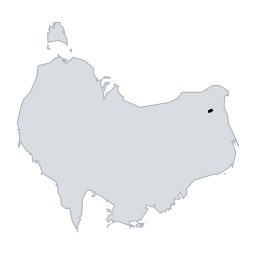 location of Nungarin, Western Australia, Australia, rotated 181°
{"feature_id": "25037944B34284730981486", "entity_name": "Nungarin", "entity_type": "district", "adm_level": 2, "iso_a3": "AUS", "parent_name": "Australia", "parent_adm1": "Western Australia", "projection": "mercator", "projection_center": [118.178, -31.137], "detail": "fine", "context": "in_parent", "style": "filled", "palette": "ink", "viewbox_px": 256, "rotation_deg": 181, "n_neighbors": 0, "source": "geoboundaries", "source_scale": "gbopen_adm2", "svg_char_len": 4195}
<svg xmlns="http://www.w3.org/2000/svg" viewBox="0 0 256 256"><g transform="rotate(181 128 128)"><path d="M181.9,33.5L185.1,46.9L189.0,46.3L193.4,50.3L194.2,58.6L196.8,61.4L197.5,69.2L199.4,73.3L212.4,80.9L217.5,93.4L219.0,94.1L219.2,91.8L222.1,94.1L222.5,93.0L223.7,99.5L225.4,101.4L229.1,103.4L236.4,114.5L236.1,122.0L238.8,131.1L235.2,148.5L232.6,155.0L226.2,162.4L220.2,177.3L218.8,188.8L207.5,191.6L202.0,196.7L198.5,197.2L199.5,200.1L194.0,195.8L194.8,194.8L194.5,193.8L193.5,193.7L191.6,195.6L190.3,194.5L192.5,192.7L191.3,191.4L183.9,197.8L172.4,194.6L163.4,186.9L163.1,181.0L159.0,175.6L160.7,175.8L160.7,174.3L154.7,175.8L156.5,171.9L154.2,166.3L152.0,172.7L147.6,173.4L148.3,171.2L150.4,171.2L153.3,162.4L152.5,155.9L149.6,162.7L145.2,165.3L142.2,169.5L142.6,171.6L140.9,171.4L138.0,169.0L139.8,169.0L138.6,164.9L135.8,160.3L133.6,159.7L133.2,155.7L116.3,148.9L87.9,154.1L78.7,158.7L74.7,164.6L54.8,165.0L44.0,172.1L36.6,171.7L28.4,166.8L28.3,162.0L30.3,162.8L32.1,159.9L32.2,150.2L28.8,143.0L27.6,134.1L18.5,115.8L22.0,117.8L19.9,112.3L21.4,115.5L24.1,116.5L19.7,105.3L23.0,90.2L23.7,93.7L26.8,89.8L37.7,83.0L41.5,83.4L61.0,76.9L68.4,68.3L67.9,62.7L71.8,58.7L75.0,64.9L76.7,61.5L74.6,59.0L75.3,57.5L81.6,58.5L79.6,57.9L80.9,55.5L79.8,53.4L83.2,53.1L82.0,51.5L84.8,51.3L83.8,49.0L86.3,46.4L86.5,47.9L88.4,47.7L88.6,44.8L91.4,45.9L93.2,43.5L96.3,45.1L100.3,49.2L99.6,52.5L102.3,49.3L108.1,51.4L109.3,49.6L106.7,47.2L113.5,36.2L114.8,36.9L117.2,34.2L118.0,35.3L124.9,34.5L124.7,31.8L120.0,29.9L120.8,29.2L137.5,34.9L142.4,32.8L141.2,34.9L143.3,36.1L145.8,33.5L148.0,35.7L145.3,40.6L142.4,41.1L142.6,44.6L139.8,50.2L155.1,60.3L159.2,61.4L160.5,63.8L167.4,65.5L172.3,56.6L172.6,43.8L173.4,39.0L175.1,37.9L173.8,35.7L178.0,26.6L181.9,33.5ZM190.3,210.9L199.0,214.5L209.4,212.2L210.1,222.2L209.4,220.4L208.3,222.5L208.1,229.1L204.4,226.4L202.1,232.6L197.6,232.1L198.5,230.3L194.5,227.4L193.0,222.3L194.7,223.2L190.6,216.1L190.3,210.9ZM112.2,29.3L117.0,29.3L118.5,30.6L115.3,33.4L112.2,29.3ZM145.8,177.7L154.4,177.5L150.7,179.0L145.8,177.7ZM146.7,43.9L147.7,46.6L144.6,46.2L145.1,44.2L146.7,43.9ZM235.9,113.2L235.7,109.8L236.9,107.1L237.4,109.1L235.9,113.2ZM206.9,205.2L209.8,206.0L209.9,207.4L206.9,205.2ZM111.7,30.1L113.4,32.8L110.3,32.6L111.7,30.1ZM187.2,205.8L185.5,205.4L186.4,203.2L187.2,205.8ZM163.0,59.2L161.5,60.0L160.0,60.5L160.8,58.9L163.0,59.2ZM18.5,115.0L17.3,113.4L17.2,111.9L17.4,111.8L18.5,115.0ZM209.3,208.7L210.4,209.6L208.3,208.8L209.3,208.7ZM224.8,99.9L225.9,99.9L225.9,101.4L224.8,99.9ZM197.9,69.1L199.2,69.9L198.9,70.4L197.9,69.1ZM204.3,230.0L204.5,231.7L203.3,231.2L204.3,230.0ZM237.8,123.3L237.9,125.2L237.8,123.3ZM124.4,29.2L123.6,28.4L124.2,28.0L124.4,29.2ZM146.9,29.3L145.7,30.7L147.1,28.3L146.9,29.3ZM238.0,121.0L237.5,121.7L237.8,121.0L238.0,121.0ZM148.6,54.3L148.0,54.6L148.3,54.0L148.6,54.3ZM144.3,43.8L143.5,43.9L144.0,43.1L144.3,43.8ZM30.7,83.1L30.5,84.2L30.1,84.1L30.7,83.1ZM176.6,25.9L176.6,26.9L176.2,26.2L176.6,25.9ZM193.5,194.3L193.7,195.0L193.4,194.8L193.5,194.3ZM145.4,31.0L143.8,32.0L145.4,30.8L145.4,31.0ZM83.9,47.6L83.4,48.3L83.7,47.5L83.9,47.6ZM204.9,228.8L204.4,229.2L204.7,228.6L204.9,228.8ZM162.3,62.5L161.4,62.4L161.9,61.9L162.3,62.5ZM80.7,52.6L80.3,53.0L80.2,52.1L80.7,52.6ZM209.1,225.4L208.4,225.8L208.6,224.9L209.1,225.4ZM177.1,23.4L177.0,24.1L176.6,23.8L177.1,23.4ZM193.1,195.3L193.8,196.0L192.6,195.8L193.1,195.3ZM213.9,80.8L213.3,80.8L213.6,80.1L213.9,80.8ZM218.7,91.7L218.4,91.7L218.6,91.1L218.7,91.7ZM190.7,209.7L190.5,210.3L190.3,209.6L190.7,209.7Z" fill="#d9dde1" stroke="#a8b0b8" stroke-width="1"/><path d="M44.8,147.9L45.0,147.9L45.3,147.8L45.3,147.7L45.5,147.5L45.7,147.4L45.8,147.4L46.0,147.4L46.3,147.3L46.4,147.2L46.5,147.0L46.5,146.9L46.6,146.7L46.8,146.7L47.0,146.7L47.3,146.6L47.5,146.6L47.5,145.9L47.5,145.6L47.5,145.4L47.1,145.4L47.1,145.7L47.1,145.8L47.0,146.0L46.9,146.0L46.7,146.0L46.4,146.1L46.2,146.0L46.0,145.9L45.9,145.8L45.7,145.9L45.6,146.0L45.6,145.9L45.4,145.9L45.3,146.0L45.1,146.1L44.9,146.2L44.9,146.3L44.7,146.4L44.7,146.5L44.7,146.8L44.6,147.0L44.6,147.3L44.5,147.5L44.4,147.5L44.5,147.6L44.4,147.6L44.4,147.8L44.5,147.9L44.8,147.9L44.8,147.9Z" fill="#0f172a" stroke="#020617" stroke-width="1.5"/></g></svg>